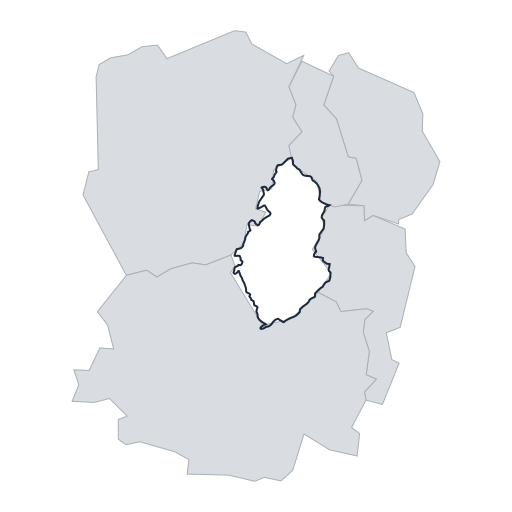 map of Czechia with Poland, Austria, Hungary and 2 others greyed out, rotated 270°
{"feature_id": "CZE", "entity_name": "Czechia", "entity_type": "country or territory", "adm_level": 0, "iso_a3": "CZE", "parent_name": "Europe", "parent_adm1": "", "projection": "albers", "projection_center": [15.441, 49.807], "detail": "fine", "context": "with_neighbors", "style": "outline", "palette": "slate", "viewbox_px": 512, "rotation_deg": 270, "n_neighbors": 5, "source": "natural_earth", "source_scale": "50m", "svg_char_len": 5234}
<svg xmlns="http://www.w3.org/2000/svg" viewBox="0 0 512 512"><g transform="rotate(270 256 256)"><path d="M454.2,110.6L457.1,127.7L465.3,141.9L466.9,157.5L453.4,167.0L481.3,234.5L479.9,245.8L468.0,251.8L448.3,286.7L456.6,303.7L425.1,289.0L407.2,296.0L394.8,292.8L380.2,302.1L366.5,288.9L356.3,294.8L342.2,273.6L323.3,271.8L320.6,259.6L303.2,255.6L299.7,265.8L285.9,257.9L287.3,247.0L268.7,243.7L257.0,231.0L247.1,205.7L249.1,192.2L243.4,171.1L235.0,156.9L241.8,146.5L236.6,126.4L317.1,83.0L340.1,88.8L342.3,98.3L435.2,96.1L447.4,99.1L454.2,110.6Z" fill="#d9dde1" stroke="#a8b0b8" stroke-width="1"/><path d="M307.0,329.5L306.2,364.2L291.3,364.5L296.6,373.0L282.9,405.1L259.2,406.2L245.5,415.0L184.7,400.2L179.2,386.3L152.4,391.8L148.8,399.1L107.6,382.4L111.9,366.0L120.1,364.5L132.8,376.3L137.3,366.2L160.6,369.3L179.9,363.2L192.6,364.9L200.6,373.2L203.3,366.6L200.4,340.9L210.0,336.2L219.6,318.2L238.7,331.3L262.6,312.4L282.7,324.4L294.9,322.2L307.0,329.5Z" fill="#d9dde1" stroke="#a8b0b8" stroke-width="1"/><path d="M441.0,329.1L456.5,338.4L459.3,348.7L444.0,358.4L419.4,414.0L398.1,422.9L380.9,422.2L350.5,439.9L327.5,433.1L298.0,412.1L292.5,398.8L288.0,398.5L296.6,373.0L291.3,364.5L306.2,364.2L307.9,348.1L331.5,361.9L353.5,356.2L355.2,348.2L393.1,336.5L406.9,323.8L435.8,333.6L441.0,329.1Z" fill="#d9dde1" stroke="#a8b0b8" stroke-width="1"/><path d="M236.6,126.4L241.8,146.5L235.0,156.9L243.4,171.1L249.1,192.2L247.1,205.7L257.0,231.0L245.9,235.0L239.4,230.4L186.9,262.4L192.8,291.0L219.6,318.2L210.0,336.2L200.4,340.9L203.3,366.6L200.6,373.2L192.6,364.9L179.9,363.2L160.6,369.3L137.3,366.2L132.8,376.3L120.1,364.5L111.9,366.0L84.6,351.6L78.4,359.6L56.0,357.1L62.2,329.5L78.0,304.0L41.9,292.8L31.1,281.1L34.6,264.2L30.7,254.7L36.9,228.6L37.9,187.2L52.4,188.9L60.2,174.9L70.2,139.8L67.3,126.1L72.8,118.3L92.5,118.3L95.9,127.3L113.5,109.5L109.6,94.4L110.6,72.1L127.2,78.8L142.2,73.9L141.5,89.1L164.1,99.8L163.0,113.7L186.9,107.6L200.3,97.4L236.6,126.4Z" fill="#d9dde1" stroke="#a8b0b8" stroke-width="1"/><path d="M450.8,301.9L435.8,333.6L406.9,323.8L393.1,336.5L355.2,348.2L353.5,356.2L331.5,361.9L307.9,348.1L305.0,334.5L310.5,320.7L330.8,316.8L347.1,292.8L366.5,288.9L380.2,302.1L394.8,292.8L407.2,296.0L425.1,289.0L450.8,301.9Z" fill="#d9dde1" stroke="#a8b0b8" stroke-width="1"/><path d="M354.2,291.9L353.5,292.0L352.1,292.7L350.2,293.0L348.2,292.9L346.6,294.1L345.2,295.8L343.7,297.1L342.9,298.2L342.5,299.3L337.4,302.6L336.7,303.9L336.2,305.7L336.0,308.1L335.7,310.2L334.8,311.4L332.0,312.4L331.3,313.0L330.8,314.1L329.3,315.8L327.5,317.5L324.1,319.4L320.4,320.1L315.6,319.6L312.7,318.9L311.4,319.8L309.6,322.2L307.6,326.3L306.8,329.4L306.2,328.5L305.0,325.3L303.6,324.9L301.8,324.6L300.5,324.2L297.6,322.4L296.1,321.8L294.4,321.7L292.7,322.8L291.5,324.1L287.7,324.2L283.4,323.6L277.4,319.3L275.8,319.3L274.2,319.5L271.5,318.5L266.5,315.7L264.1,315.0L262.6,315.4L261.2,316.0L260.2,316.1L259.6,315.2L257.8,314.1L255.9,313.9L255.3,314.6L254.6,320.7L254.0,323.0L251.4,322.8L250.4,323.9L248.3,326.8L247.9,329.7L244.3,329.1L242.6,328.6L241.1,328.9L239.5,330.5L234.8,330.3L231.2,329.3L229.7,325.7L228.0,324.3L225.9,323.0L225.2,322.7L224.1,320.8L221.9,318.3L218.5,315.0L215.7,315.1L214.7,314.2L214.3,312.9L213.2,310.8L211.9,309.4L210.4,308.8L208.2,306.8L205.3,302.7L202.6,299.9L200.0,299.8L198.4,298.3L196.7,296.4L195.5,294.5L193.8,289.9L192.4,287.3L191.4,285.7L190.2,284.3L189.8,283.3L191.4,281.0L192.0,279.8L192.7,278.9L193.1,278.0L193.1,277.2L191.8,274.8L190.1,273.1L187.4,271.2L185.8,269.0L185.2,267.0L185.1,265.9L183.9,264.3L183.1,262.1L183.1,260.8L183.4,260.5L184.3,260.5L185.3,261.4L186.6,263.2L187.7,265.8L188.4,264.8L189.9,262.2L192.3,259.3L194.8,257.7L197.0,257.6L198.8,257.2L200.3,256.4L202.9,256.9L204.7,257.5L205.3,257.2L206.2,255.6L206.7,254.3L210.8,253.6L212.3,251.1L213.1,251.1L214.0,250.7L214.9,249.8L215.8,249.4L216.4,249.9L217.3,250.2L218.2,249.6L219.7,246.7L220.4,246.2L224.0,245.9L229.0,244.2L231.5,242.7L234.0,241.9L236.6,240.4L240.8,239.0L241.0,238.4L239.1,236.8L238.5,235.9L238.1,234.9L238.8,233.8L239.7,233.5L240.8,234.0L244.3,234.7L245.2,235.3L245.6,236.8L246.4,238.3L247.1,238.4L246.9,240.8L248.0,241.7L249.6,242.4L250.7,242.3L251.4,241.3L251.7,240.7L253.9,240.6L256.1,239.6L256.2,238.0L256.1,235.0L256.4,234.6L259.6,235.5L262.9,236.8L263.4,239.8L264.2,241.3L265.3,242.6L266.3,243.2L268.0,243.3L272.5,245.1L274.7,245.4L276.9,246.6L278.7,247.9L280.1,248.1L280.8,249.5L281.6,250.4L283.1,249.7L288.5,248.6L290.4,250.0L291.7,251.4L291.9,251.8L291.3,253.1L290.9,254.1L290.4,254.7L288.5,255.4L287.5,256.6L286.8,257.8L287.3,259.0L288.8,259.8L289.9,260.0L290.3,260.9L293.8,264.6L296.6,269.6L297.7,270.3L298.7,270.5L299.9,269.7L301.2,268.1L302.8,266.9L304.1,266.3L306.5,264.9L306.5,264.0L304.5,260.6L303.3,257.9L303.6,257.4L306.1,257.8L310.4,259.2L317.2,263.9L318.3,263.9L320.7,263.4L323.2,262.6L324.3,261.6L324.8,262.0L325.3,264.6L324.6,266.1L321.7,267.6L321.9,268.3L322.7,269.2L324.0,269.8L325.7,271.5L326.9,273.4L328.0,274.3L329.1,274.7L331.8,273.5L332.6,272.7L332.9,272.1L333.4,272.2L334.4,273.1L334.7,273.7L337.5,274.7L339.1,276.0L340.1,276.6L341.2,275.9L345.4,276.8L346.7,277.7L347.1,279.2L346.9,280.1L347.7,282.4L353.3,287.9L354.0,290.8L354.2,291.9Z" fill="none" stroke="#1e293b" stroke-width="2"/></g></svg>